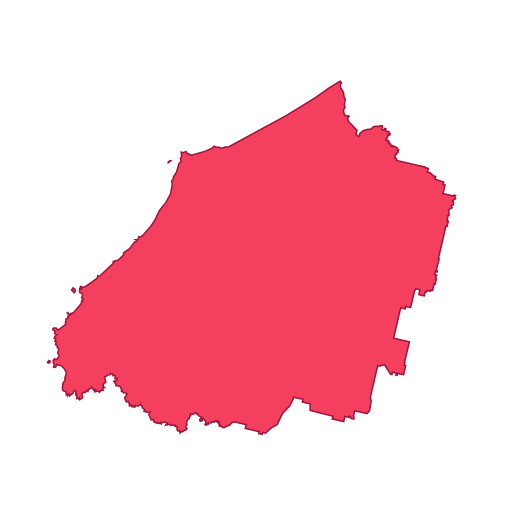 outline of Manjimup, Western Australia, Australia, rotated 103°
{"feature_id": "25037944B58524535883846", "entity_name": "Manjimup", "entity_type": "district", "adm_level": 2, "iso_a3": "AUS", "parent_name": "Australia", "parent_adm1": "Western Australia", "projection": "mercator", "projection_center": [116.36, -34.598], "detail": "fine", "context": "isolated", "style": "filled", "palette": "rose", "viewbox_px": 512, "rotation_deg": 103, "n_neighbors": 0, "source": "geoboundaries", "source_scale": "gbopen_adm2", "svg_char_len": 6093}
<svg xmlns="http://www.w3.org/2000/svg" viewBox="0 0 512 512"><g transform="rotate(103 256 256)"><path d="M326.2,86.9L326.0,87.4L305.1,87.2L305.1,103.4L273.9,103.4L273.9,98.7L271.5,98.7L271.4,93.8L254.6,93.7L252.0,92.9L252.0,88.7L257.0,88.7L257.0,83.1L252.6,83.1L252.6,81.7L251.1,81.7L251.1,78.0L249.8,78.0L249.8,76.2L243.3,76.2L243.3,75.2L237.8,75.1L237.5,76.1L234.0,75.7L234.0,77.7L230.9,77.8L230.9,76.0L229.7,76.0L229.7,77.1L217.5,76.9L217.1,77.7L184.3,77.7L184.3,76.5L178.7,76.5L178.7,77.9L173.0,77.9L173.0,77.2L172.0,77.2L167.7,78.7L164.9,75.8L163.5,77.2L161.6,75.2L159.2,75.7L157.9,77.0L155.3,74.4L153.5,75.9L152.3,75.2L152.0,76.4L153.1,77.6L153.1,87.8L144.3,87.8L144.3,89.7L141.8,89.6L140.8,98.9L138.1,98.9L138.1,101.0L135.9,104.6L135.8,107.8L131.9,107.8L131.9,111.3L131.3,111.3L131.3,140.2L129.3,141.2L129.3,142.4L128.4,143.2L125.6,142.3L124.8,142.8L123.4,141.0L120.5,141.0L121.0,141.9L119.1,142.4L118.2,145.1L118.0,147.0L118.5,147.1L117.8,147.9L118.8,148.9L116.7,149.8L116.8,151.0L116.1,151.0L116.0,152.4L114.6,152.1L114.8,153.0L113.4,153.5L114.0,155.5L112.9,155.8L110.4,154.4L108.8,155.0L108.2,152.9L106.4,152.9L106.4,154.5L105.0,154.5L105.0,157.9L102.8,158.0L102.8,159.7L104.6,159.7L104.6,161.9L100.8,162.1L100.9,163.9L102.3,165.8L102.5,168.2L103.6,170.5L106.7,172.7L107.4,175.5L109.7,179.7L113.5,182.5L115.3,182.3L116.6,183.1L115.0,186.0L110.8,185.8L104.3,195.9L101.2,197.8L98.9,196.7L98.6,197.5L99.3,199.3L98.7,201.2L96.1,203.0L93.6,203.5L90.8,202.7L89.3,203.8L82.9,204.4L81.8,205.7L76.9,207.6L73.0,211.3L70.2,212.4L67.9,211.7L66.7,213.4L75.3,222.2L88.7,234.1L112.9,258.7L156.2,307.7L156.7,310.6L158.9,313.9L158.3,316.5L159.0,319.3L158.3,321.1L159.2,322.3L160.3,322.4L165.5,329.2L171.8,340.6L172.4,342.8L171.7,343.9L171.9,345.8L169.9,347.8L171.6,349.8L171.6,352.3L175.8,350.8L178.2,351.6L180.4,350.2L183.3,351.9L192.1,352.3L197.2,354.2L199.7,354.1L201.8,355.0L205.8,353.6L214.8,353.3L224.2,355.9L233.6,360.4L243.8,362.6L251.2,365.5L261.3,370.9L263.6,373.0L263.6,374.7L265.6,374.4L266.9,375.5L267.2,376.8L267.6,375.6L268.3,375.4L270.1,377.8L277.1,380.7L282.0,385.2L282.9,385.8L284.4,385.2L289.5,388.3L291.3,389.6L292.3,392.3L293.9,393.1L293.6,393.8L295.4,393.6L310.6,403.7L311.4,404.9L310.8,405.8L313.3,405.7L324.2,415.4L325.8,418.1L324.9,419.3L325.2,420.2L326.2,420.2L327.1,418.7L327.6,420.5L330.5,419.9L331.4,419.2L331.5,417.3L333.5,416.0L335.9,416.6L336.8,414.7L338.3,414.9L338.5,415.8L341.6,415.6L352.3,421.1L353.2,422.5L353.7,422.4L353.7,423.7L355.0,423.4L355.2,424.8L353.7,426.2L354.4,426.3L354.2,426.5L354.2,426.8L356.0,424.9L357.3,425.8L358.5,425.1L360.3,427.1L361.7,426.5L363.4,426.9L364.9,426.1L366.4,426.9L372.6,432.0L371.2,434.6L371.6,436.8L372.6,437.6L373.6,437.3L374.4,435.1L376.7,434.8L377.7,433.2L377.6,432.3L379.6,433.8L381.6,434.0L381.4,432.5L384.5,432.7L384.9,431.3L387.5,431.4L388.3,429.4L389.9,429.1L389.9,428.3L391.3,427.3L395.3,427.4L397.4,425.2L401.1,426.6L402.0,427.8L401.4,429.2L403.5,430.1L405.6,429.5L407.9,427.8L409.6,428.5L410.0,427.9L409.3,427.3L409.5,426.3L406.3,425.5L406.8,424.0L406.5,421.6L408.8,417.6L412.4,414.4L417.8,414.8L420.2,414.1L423.2,415.5L429.1,414.8L430.6,413.8L431.1,410.7L434.0,409.6L433.2,408.8L434.2,408.4L432.4,408.1L432.2,407.3L434.4,406.3L430.8,403.4L429.0,403.4L427.6,402.2L428.9,400.9L430.2,400.9L430.7,399.5L431.6,400.4L433.5,398.8L435.2,398.5L434.5,397.6L435.2,396.6L434.3,396.3L435.7,395.5L433.3,393.2L431.2,393.5L431.0,394.2L429.6,394.8L427.4,393.2L427.7,391.9L424.8,390.1L425.6,389.3L423.1,388.8L421.5,386.4L420.7,386.4L422.4,384.6L422.4,382.7L423.3,383.7L423.6,382.8L424.6,382.6L423.4,380.3L423.3,378.8L424.0,377.9L421.5,376.5L421.4,374.8L418.7,375.5L418.3,374.0L417.5,375.4L415.6,376.0L413.7,375.2L413.4,374.2L412.2,374.1L408.2,376.4L405.0,373.1L404.5,371.5L403.0,371.2L403.4,369.2L404.8,368.3L404.0,367.8L404.3,366.3L407.4,365.8L406.3,363.6L408.8,363.8L410.0,366.4L412.4,363.8L413.8,363.4L413.6,359.2L415.2,357.5L416.2,357.5L416.7,356.4L418.2,356.7L418.1,355.7L419.2,354.2L418.5,352.9L419.3,350.5L423.7,352.1L427.0,350.0L427.3,349.3L426.4,348.1L427.3,346.9L430.5,345.6L429.2,344.1L429.3,343.3L430.7,343.4L430.7,341.7L429.9,341.4L430.5,340.0L428.7,339.9L428.8,337.3L427.0,335.2L426.1,335.2L428.8,332.6L429.4,332.7L431.0,329.5L432.5,330.3L432.8,327.0L431.7,324.0L434.7,324.8L439.3,321.2L438.4,319.3L440.4,318.3L441.1,316.9L440.4,315.8L441.3,315.0L440.6,313.2L441.0,312.6L440.2,312.0L440.9,310.7L439.5,311.1L439.3,309.2L438.2,307.5L438.8,304.9L441.1,305.9L439.6,302.8L440.3,300.7L439.6,300.0L439.0,296.5L440.1,296.7L440.4,294.1L442.1,294.2L444.0,293.1L443.6,291.3L444.4,290.9L444.2,290.1L445.3,290.0L443.7,288.9L443.7,287.8L442.4,287.2L441.5,285.3L439.8,284.4L438.3,286.2L435.7,285.3L433.7,286.4L430.2,285.5L429.6,284.6L426.9,284.5L426.3,283.6L424.7,284.5L424.2,281.2L422.7,280.7L422.2,278.6L423.4,278.4L423.0,277.4L424.5,276.1L425.2,272.7L428.0,274.1L429.6,273.3L428.6,271.3L427.0,271.9L426.2,271.2L428.2,268.0L430.3,266.8L431.4,267.9L432.1,267.1L431.4,265.7L430.4,265.3L430.5,264.4L429.0,264.3L428.8,262.2L427.0,261.0L427.5,259.6L425.7,258.3L425.4,257.7L426.2,257.2L425.0,256.3L426.0,255.7L425.6,254.5L426.2,254.1L427.1,255.4L428.9,253.5L429.9,253.6L429.8,252.7L429.0,252.6L430.2,251.6L429.8,250.5L430.5,250.0L430.6,248.8L426.3,243.3L423.2,241.6L422.5,239.3L422.5,227.6L426.4,227.7L426.4,213.5L428.5,213.5L428.4,209.9L426.4,209.9L426.4,206.9L420.1,202.4L415.4,197.4L403.6,194.8L394.8,189.6L386.9,187.5L385.2,187.6L385.1,178.0L387.9,178.0L387.9,169.9L394.3,168.6L394.8,144.8L397.6,145.1L397.6,133.2L392.4,133.5L392.3,129.3L391.1,129.2L391.5,127.7L392.5,127.7L392.9,126.5L392.7,123.8L389.5,125.0L384.6,125.0L384.6,112.4L381.1,110.6L371.2,111.1L368.7,112.7L367.0,112.8L335.6,112.8L335.4,110.6L332.9,106.4L340.9,98.4L340.9,96.9L338.5,96.9L338.5,92.9L340.6,92.9L340.6,91.7L338.5,91.7L338.5,85.5L329.0,85.5L329.0,86.9L326.2,86.9ZM328.2,427.1L330.7,428.1L332.7,424.8L330.4,424.1L329.2,424.9L328.2,427.1ZM407.0,434.3L406.3,432.9L404.8,432.8L404.6,434.5L406.0,434.1L406.1,435.2L406.8,435.1L407.0,434.3ZM182.5,361.4L184.4,362.7L184.9,362.5L182.4,360.4L182.5,361.4Z" fill="#f43f5e" stroke="#9f1239" stroke-width="1.5"/></g></svg>